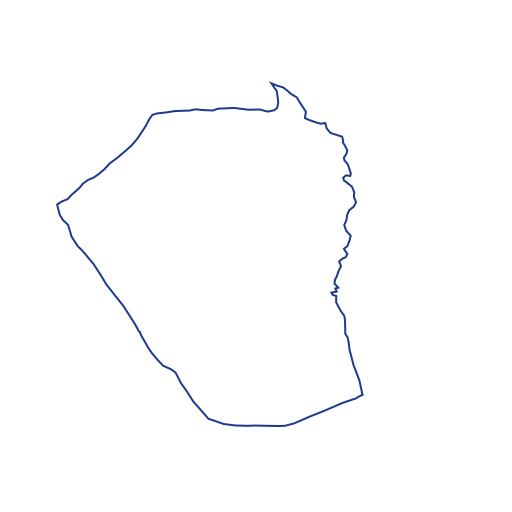 Trenbo, Grand Kru, Liberia (Natural Earth projection), rotated 141°
{"feature_id": "62588387B53229219679368", "entity_name": "Trenbo", "entity_type": "district", "adm_level": 2, "iso_a3": "LBR", "parent_name": "Liberia", "parent_adm1": "Grand Kru", "projection": "natural_earth1", "projection_center": [-7.882, 4.705], "detail": "fine", "context": "isolated", "style": "outline", "palette": "blue", "viewbox_px": 512, "rotation_deg": 141, "n_neighbors": 0, "source": "geoboundaries", "source_scale": "gbopen_adm2", "svg_char_len": 2341}
<svg xmlns="http://www.w3.org/2000/svg" viewBox="0 0 512 512"><g transform="rotate(141 256 256)"><path d="M115.6,290.7L114.0,294.6L116.5,298.4L120.7,304.7L120.8,310.6L118.5,315.8L122.4,318.0L125.3,322.1L129.3,328.6L131.2,332.3L126.4,336.8L125.5,346.2L124.5,353.7L126.7,359.6L127.6,364.8L128.8,370.0L132.4,375.1L135.3,380.4L135.9,375.1L135.8,371.9L138.5,366.9L142.2,361.1L146.3,357.8L150.1,357.8L156.1,360.9L160.8,367.4L163.6,369.6L169.8,374.4L180.0,385.0L187.8,390.7L192.9,394.4L197.9,396.2L205.4,402.8L206.3,403.7L210.7,408.1L216.2,410.9L220.8,414.4L228.0,419.8L235.6,424.2L242.7,428.8L247.6,430.9L249.1,430.5L252.0,429.8L260.5,426.2L263.7,425.2L273.7,422.0L282.5,420.3L289.8,419.9L302.1,419.6L311.5,420.0L319.6,418.8L326.9,418.7L332.9,419.1L338.5,420.8L344.8,421.2L350.4,420.0L360.9,419.6L366.7,418.8L373.3,420.7L378.1,421.2L379.1,419.3L382.6,411.4L383.2,406.8L383.4,405.8L382.5,398.6L384.6,393.1L387.1,387.2L388.4,375.6L387.7,370.6L387.5,364.6L387.3,351.9L388.7,338.6L388.9,336.9L390.2,328.4L390.3,319.4L390.4,316.2L390.4,315.6L390.5,301.1L390.6,300.0L392.9,279.2L394.4,271.5L394.1,269.9L395.1,267.1L396.3,259.7L397.5,252.6L398.0,246.1L398.0,244.0L397.8,236.3L397.4,231.8L397.4,231.0L397.2,229.1L393.3,221.4L393.0,220.4L391.9,216.0L393.0,210.8L394.3,204.4L394.9,194.5L396.3,182.4L395.7,168.1L395.4,159.4L391.4,153.2L386.8,145.7L385.5,144.4L378.7,137.3L370.0,129.8L363.9,125.2L359.4,121.4L355.7,118.3L349.9,113.4L349.2,112.8L344.9,109.2L340.1,105.7L331.9,102.0L325.2,100.1L314.0,97.0L299.9,92.6L294.5,91.1L281.3,87.4L267.6,82.3L266.0,82.3L260.4,81.1L260.1,82.1L254.2,93.7L252.0,100.0L248.9,109.7L242.4,124.1L239.0,129.5L236.1,134.9L235.6,139.3L230.7,145.6L226.7,151.0L225.6,152.8L225.0,154.4L224.8,159.3L223.7,165.4L222.8,169.7L218.8,174.4L220.8,177.4L220.5,180.1L218.8,179.2L215.7,177.6L214.8,180.8L212.0,179.6L212.4,185.1L209.6,187.8L205.9,189.4L201.4,192.3L196.3,194.6L194.8,199.5L190.3,199.5L187.2,198.6L183.8,200.0L183.2,206.1L180.6,206.3L178.9,206.1L173.9,209.0L169.7,212.1L170.0,219.1L167.9,224.6L163.4,226.8L159.2,230.6L154.7,232.9L148.8,232.9L144.3,234.9L142.8,240.2L139.5,243.8L137.8,249.6L138.9,254.6L140.1,259.5L139.0,261.9L135.3,262.0L132.4,258.9L130.4,260.4L128.5,265.2L126.9,269.7L127.1,274.4L126.0,277.0L121.5,278.5L118.6,280.6L117.5,285.5L117.0,289.8L115.6,290.7Z" fill="none" stroke="#1e3a8a" stroke-width="2"/></g></svg>